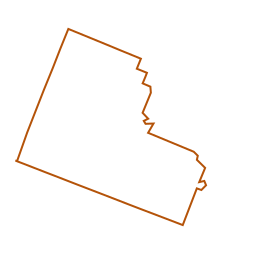 outline of Carroll, Arkansas, United States of America, rotated 201°
{"feature_id": "52423323B66141902431391", "entity_name": "Carroll", "entity_type": "district", "adm_level": 2, "iso_a3": "USA", "parent_name": "United States of America", "parent_adm1": "Arkansas", "projection": "robinson", "projection_center": [-93.593, 36.31], "detail": "fine", "context": "isolated", "style": "outline", "palette": "amber", "viewbox_px": 256, "rotation_deg": 201, "n_neighbors": 0, "source": "geoboundaries", "source_scale": "gbopen_adm2", "svg_char_len": 673}
<svg xmlns="http://www.w3.org/2000/svg" viewBox="0 0 256 256"><g transform="rotate(201 128 128)"><path d="M130.4,57.0L100.8,56.9L94.2,56.9L91.2,56.9L88.4,56.9L85.7,56.9L42.1,57.0L42.1,96.3L37.3,96.4L34.6,102.5L37.8,105.9L42.1,103.0L41.7,118.4L52.3,123.0L52.9,127.1L58.1,129.4L107.5,130.7L105.8,141.3L113.1,138.2L115.8,140.3L112.5,143.9L119.8,147.4L119.3,169.1L121.9,174.6L130.3,174.9L130.1,182.3L130.1,186.3L141.0,186.5L140.8,197.3L163.2,197.8L174.2,198.1L219.2,199.1L219.6,177.6L219.7,157.4L220.2,133.2L220.5,87.7L219.7,57.7L221.4,57.2L214.5,57.2L189.7,57.1L189.3,57.1L179.6,57.1L154.5,57.0L152.2,57.0L130.4,57.0Z" fill="none" stroke="#b45309" stroke-width="2"/></g></svg>